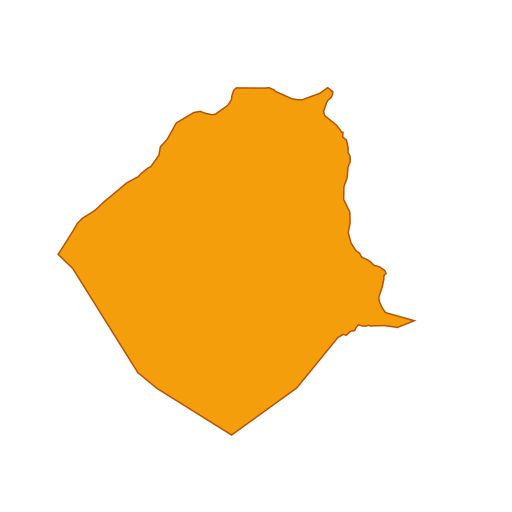 the district of Chiquihuitlán de Benito Juárez, Oaxaca, Mexico, rotated 319°
{"feature_id": "50627088B93670020646258", "entity_name": "Chiquihuitlán de Benito Juárez", "entity_type": "district", "adm_level": 2, "iso_a3": "MEX", "parent_name": "Mexico", "parent_adm1": "Oaxaca", "projection": "mercator", "projection_center": [-96.732, 17.989], "detail": "fine", "context": "isolated", "style": "filled", "palette": "amber", "viewbox_px": 512, "rotation_deg": 319, "n_neighbors": 0, "source": "geoboundaries", "source_scale": "gbopen_adm2", "svg_char_len": 1597}
<svg xmlns="http://www.w3.org/2000/svg" viewBox="0 0 512 512"><g transform="rotate(319 256 256)"><path d="M372.6,134.9L351.4,116.2L347.7,116.4L342.7,119.4L340.2,121.8L333.7,123.8L319.6,122.4L318.9,122.6L315.6,120.7L311.6,115.4L308.8,110.3L303.2,106.9L283.2,103.3L265.5,109.7L255.4,110.9L248.8,116.3L235.4,119.5L231.8,118.7L223.0,118.4L219.3,118.9L206.6,116.0L194.3,115.8L177.6,115.4L164.2,115.9L149.5,113.6L142.1,114.3L135.1,116.8L127.5,119.1L107.7,125.0L109.5,145.2L90.3,266.4L94.4,291.0L120.1,375.1L200.2,382.3L264.0,371.3L264.4,371.3L264.6,371.3L267.7,371.9L270.5,372.5L272.0,374.9L272.8,375.1L275.4,374.8L276.8,374.9L278.8,375.0L280.5,376.6L281.6,377.0L284.4,375.8L288.0,375.0L289.9,377.9L290.4,378.6L292.9,381.0L295.4,382.1L296.7,384.2L299.4,386.2L307.4,392.9L315.9,402.7L333.0,408.7L316.7,383.8L316.8,381.5L317.5,377.0L319.1,371.5L321.5,367.8L331.1,362.1L337.1,357.5L339.7,354.7L342.6,354.5L343.4,352.7L343.6,351.0L342.1,345.2L338.8,340.1L338.7,338.3L338.7,336.1L337.8,332.6L335.0,326.1L336.0,321.8L334.9,317.6L336.2,308.7L340.9,298.9L348.8,292.7L355.6,284.4L359.3,270.8L367.7,261.5L376.0,256.8L383.8,249.3L389.3,246.5L392.4,242.4L393.4,238.3L396.4,234.9L400.5,227.6L400.0,226.3L399.6,223.0L402.8,219.7L401.7,218.4L402.1,217.3L402.6,209.9L402.1,207.5L401.1,201.4L400.0,195.2L401.6,191.5L406.9,188.3L409.7,186.6L412.3,185.8L417.1,185.6L420.7,183.7L421.7,182.3L421.0,181.5L421.7,181.1L421.1,180.3L421.3,179.7L420.6,176.0L411.1,175.1L396.2,169.5L393.2,168.4L391.3,166.8L386.5,161.4L378.7,144.6L378.6,142.5L376.2,137.5L372.6,134.9Z" fill="#f59e0b" stroke="#b45309" stroke-width="1.5"/></g></svg>